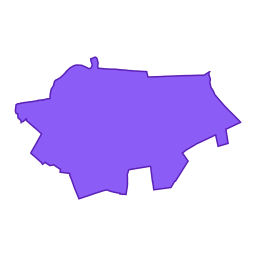 the district of Comana, Giurgiu, Romania, rotated 270°
{"feature_id": "2599482B75147928047629", "entity_name": "Comana", "entity_type": "district", "adm_level": 2, "iso_a3": "ROU", "parent_name": "Romania", "parent_adm1": "Giurgiu", "projection": "natural_earth1", "projection_center": [26.155, 44.161], "detail": "fine", "context": "isolated", "style": "filled", "palette": "violet", "viewbox_px": 256, "rotation_deg": 270, "n_neighbors": 0, "source": "geoboundaries", "source_scale": "gbopen_adm2", "svg_char_len": 5389}
<svg xmlns="http://www.w3.org/2000/svg" viewBox="0 0 256 256"><g transform="rotate(270 128 128)"><path d="M133.7,240.6L136.2,238.3L137.4,237.1L139.5,235.0L140.3,234.2L145.0,229.5L146.7,227.8L150.1,224.5L152.6,222.3L153.2,221.8L157.5,218.1L158.3,217.4L158.9,216.9L161.0,215.1L161.5,214.8L162.3,214.4L164.3,213.6L164.8,213.4L166.4,212.4L168.2,211.2L168.5,211.0L168.9,210.9L169.0,210.8L170.1,210.6L173.4,209.9L174.0,209.8L174.5,209.9L174.7,210.0L176.0,210.3L176.4,210.3L176.5,210.3L177.0,210.3L177.3,210.2L180.1,209.3L181.5,208.9L181.9,208.9L182.1,208.9L182.7,208.9L183.1,208.9L184.2,209.6L184.2,209.4L184.1,209.2L183.3,208.0L182.6,206.9L181.1,204.5L180.8,204.0L180.7,198.1L180.6,194.0L180.5,191.4L180.4,186.2L180.3,182.1L180.2,179.9L180.2,179.1L180.1,177.8L180.0,174.9L179.9,172.2L179.7,166.5L179.6,163.8L179.4,160.9L179.0,149.0L178.9,148.0L182.0,147.2L184.4,146.7L184.6,142.6L184.8,139.2L185.0,136.1L185.0,135.2L185.1,133.3L185.2,131.8L185.3,131.7L185.4,131.2L185.4,129.7L185.5,127.9L185.6,127.5L185.9,125.6L186.0,123.5L186.3,119.9L186.3,119.5L186.5,118.9L186.4,118.6L186.4,118.2L186.4,117.9L186.5,117.6L186.7,116.5L186.7,116.2L186.7,115.6L186.7,115.4L186.8,115.2L186.8,114.6L186.8,113.8L186.9,113.2L186.8,112.1L186.9,111.8L186.9,111.6L186.8,111.4L186.8,110.7L186.8,110.0L186.9,109.9L186.9,109.5L187.0,109.0L187.0,107.4L187.1,106.4L187.1,106.0L187.2,105.5L187.2,105.3L187.1,105.2L187.1,104.5L187.2,103.8L187.3,103.6L187.4,103.2L187.4,102.9L187.4,102.7L187.4,101.9L187.5,101.5L187.5,101.3L187.6,101.0L187.6,100.8L187.7,99.7L187.6,99.4L187.6,98.8L187.6,98.5L187.6,98.4L187.6,98.2L188.6,97.9L189.3,97.8L189.9,97.7L190.4,97.7L190.8,97.8L191.8,98.0L192.5,98.1L192.9,98.1L193.6,98.0L194.7,97.7L196.5,97.2L197.4,97.0L197.9,96.7L198.5,96.1L198.6,95.9L198.8,95.4L198.8,94.9L198.7,94.5L197.7,92.5L197.5,92.0L197.3,90.8L196.1,90.8L194.6,91.1L191.6,92.1L191.2,92.1L190.1,92.0L188.7,91.5L188.3,91.1L187.6,90.3L187.4,88.7L188.9,85.9L190.6,82.0L190.7,81.5L191.0,77.2L191.0,76.4L190.3,73.8L189.7,72.8L187.9,69.7L187.0,68.9L184.7,66.4L183.0,65.1L180.9,63.1L180.1,62.2L179.9,61.9L179.6,61.7L179.2,61.4L179.0,61.1L178.8,60.8L178.5,60.4L178.1,60.1L178.0,59.9L177.8,59.4L177.7,59.3L177.5,58.9L177.4,58.5L177.2,58.3L177.1,58.1L177.0,57.9L176.8,57.7L176.7,57.5L176.5,57.3L176.4,57.0L176.4,56.8L176.3,56.6L176.2,56.5L176.1,56.2L175.9,55.9L175.6,55.5L175.4,55.2L175.2,55.1L174.9,54.8L174.8,54.7L174.7,54.6L174.4,54.4L174.0,54.3L173.8,54.4L173.6,54.4L173.4,54.4L173.0,54.3L172.8,54.2L172.5,54.1L172.3,54.0L172.2,54.0L172.2,53.9L171.8,53.9L171.5,53.8L171.4,53.8L171.0,53.6L170.7,53.6L170.5,53.4L170.2,53.4L169.9,53.3L169.7,53.2L168.3,52.2L167.2,51.5L166.6,51.1L166.4,51.1L165.5,51.0L162.9,50.4L162.4,50.3L162.0,50.2L161.4,50.2L160.6,50.2L160.0,50.1L158.5,50.0L157.5,50.0L157.2,48.4L157.2,48.2L157.2,47.6L157.1,47.1L156.9,46.1L156.7,45.5L156.2,43.8L156.2,43.3L156.0,43.0L156.2,42.5L156.1,42.3L156.1,42.0L155.8,40.0L155.8,39.2L155.7,38.8L155.7,38.4L155.5,37.9L155.4,37.6L155.3,37.4L155.3,37.2L155.2,36.9L155.0,35.9L154.9,35.3L154.8,34.6L154.7,33.4L154.5,32.7L154.4,32.5L154.3,31.5L154.2,31.2L154.1,29.6L154.0,28.8L153.8,27.4L153.6,26.5L153.6,26.2L153.6,25.6L153.5,24.6L153.1,22.9L152.9,21.1L152.7,21.1L152.1,17.2L151.5,16.7L151.3,16.3L151.3,16.1L146.9,15.5L145.0,15.4L143.0,15.9L142.5,16.4L142.3,16.7L142.3,17.1L142.4,17.4L142.1,17.6L141.8,17.7L141.1,17.9L140.6,17.9L140.2,17.9L139.2,17.9L138.8,17.9L138.5,18.0L138.1,18.2L137.8,18.4L137.6,18.5L137.4,18.8L137.2,19.0L136.9,19.5L136.7,19.8L136.5,20.1L136.3,20.3L136.0,20.5L135.5,20.7L135.2,20.8L134.5,21.1L134.3,21.1L133.7,21.2L134.0,21.4L134.5,23.2L136.3,25.3L136.6,25.6L137.1,26.2L137.5,26.7L137.3,26.6L136.8,26.5L136.1,26.4L135.7,26.4L135.4,26.6L133.1,29.1L132.1,30.2L131.3,31.2L130.9,31.7L128.6,34.2L128.7,34.3L128.4,34.5L128.1,35.0L126.0,37.3L122.2,41.5L119.2,39.9L116.0,38.1L110.2,34.9L106.9,33.0L104.2,31.4L103.6,31.2L102.8,30.8L102.6,31.0L102.1,31.6L101.4,32.5L100.9,32.9L100.1,33.9L100.1,34.1L97.5,36.9L95.8,38.8L94.6,40.1L94.3,40.4L94.1,40.7L94.1,40.9L93.9,41.0L93.7,41.1L92.8,41.8L91.7,42.7L93.0,44.3L93.8,45.4L93.1,46.0L92.5,46.4L91.7,48.1L90.7,49.4L90.4,49.8L90.7,51.5L90.8,52.0L90.9,52.7L90.9,52.9L91.2,53.4L91.3,53.5L91.2,53.7L89.8,55.7L87.9,58.5L87.2,59.6L87.0,60.0L86.8,60.4L83.8,60.1L82.6,69.6L81.3,69.7L80.7,69.8L79.0,70.5L77.1,71.3L68.4,74.4L57.2,79.0L57.5,79.9L59.0,84.3L59.8,86.9L60.6,89.1L62.6,94.9L64.5,100.9L64.9,102.0L65.4,103.8L65.9,105.7L66.0,106.4L65.9,107.4L65.0,109.7L63.8,114.1L62.7,119.9L62.0,119.9L61.9,121.1L61.8,122.1L61.7,122.8L61.7,123.3L61.8,123.8L61.7,124.3L61.6,124.9L61.5,126.0L67.1,126.9L68.5,127.1L69.3,127.2L69.5,127.3L72.2,127.5L72.8,127.5L75.4,127.4L75.8,127.4L76.3,127.4L76.7,127.5L81.6,127.3L82.6,127.7L84.8,128.3L85.2,128.5L85.8,128.6L86.0,128.6L86.2,129.2L86.5,130.1L86.6,130.5L86.6,130.8L87.3,135.0L87.8,138.0L89.6,149.2L89.6,149.8L89.6,150.3L89.6,150.6L82.3,151.5L81.6,151.6L74.8,152.4L74.8,152.6L66.2,153.8L68.5,171.0L74.8,174.7L74.8,175.4L77.1,176.9L78.2,177.6L80.6,179.1L85.7,182.3L94.9,188.1L96.4,187.0L99.3,185.0L100.8,184.0L103.0,182.4L104.2,184.0L105.1,185.1L105.6,185.7L105.9,186.1L107.8,189.3L109.0,191.3L109.6,192.3L109.9,192.9L110.3,193.5L110.7,194.2L112.2,196.6L114.9,202.5L117.6,208.2L121.1,215.5L120.9,215.7L109.7,218.1L112.6,228.1L126.7,225.9L126.7,226.0L126.8,226.0L127.1,226.7L130.9,234.7L132.6,238.3L132.9,239.0L133.6,240.5L133.7,240.6Z" fill="#8b5cf6" stroke="#5b21b6" stroke-width="1.5"/></g></svg>